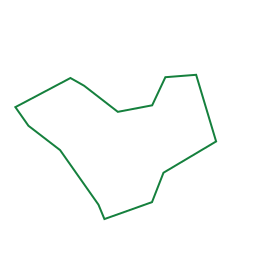 an SVG outline of Baie Lazare, rotated 149°
{"feature_id": "SYC-5203", "entity_name": "Baie Lazare", "entity_type": "state/province", "adm_level": 1, "iso_a3": "SYC", "parent_name": "Seychelles", "parent_adm1": "", "projection": "albers", "projection_center": [55.49, -4.757], "detail": "fine", "context": "isolated", "style": "outline", "palette": "green", "viewbox_px": 256, "rotation_deg": 149, "n_neighbors": 0, "source": "natural_earth", "source_scale": "10m", "svg_char_len": 337}
<svg xmlns="http://www.w3.org/2000/svg" viewBox="0 0 256 256"><g transform="rotate(149 128 128)"><path d="M151.6,200.5L143.9,186.9L128.4,147.1L95.6,135.0L69.8,152.3L42.2,138.5L59.4,71.1L120.6,71.4L145.6,52.1L195.1,62.1L192.8,77.5L197.6,144.0L212.2,181.2L213.8,203.9L151.6,200.5Z" fill="none" stroke="#15803d" stroke-width="2"/></g></svg>